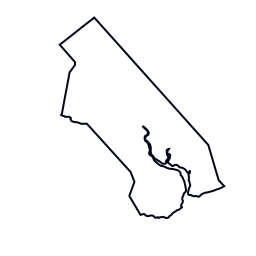 Mbini, Litoral, Equatorial Guinea (Mercator projection), rotated 228°
{"feature_id": "11065452B69337055746076", "entity_name": "Mbini", "entity_type": "district", "adm_level": 2, "iso_a3": "GNQ", "parent_name": "Equatorial Guinea", "parent_adm1": "Litoral", "projection": "mercator", "projection_center": [9.733, 1.591], "detail": "fine", "context": "isolated", "style": "outline", "palette": "ink", "viewbox_px": 256, "rotation_deg": 228, "n_neighbors": 0, "source": "geoboundaries", "source_scale": "gbopen_adm2", "svg_char_len": 4705}
<svg xmlns="http://www.w3.org/2000/svg" viewBox="0 0 256 256"><g transform="rotate(228 128 128)"><path d="M235.6,133.0L212.3,132.7L210.3,130.7L208.4,121.8L189.9,97.6L182.4,87.9L182.4,87.0L181.8,87.2L180.1,88.0L179.9,88.2L179.3,88.7L178.5,88.8L178.4,88.8L178.2,88.9L178.1,89.0L177.0,90.3L176.0,91.6L175.0,91.8L174.9,91.9L174.1,92.3L173.6,92.2L173.2,91.5L173.1,91.4L172.9,91.3L172.9,91.2L171.2,90.7L170.9,90.7L170.7,90.8L169.1,91.6L167.1,93.2L165.5,94.6L164.0,95.3L163.2,95.7L162.6,95.9L162.5,96.0L162.4,96.1L158.7,100.3L93.7,100.5L83.7,96.8L76.6,83.5L55.3,79.2L55.2,79.2L55.2,79.3L54.3,80.6L53.9,81.6L53.5,82.1L53.2,82.4L52.6,82.6L52.0,82.7L51.3,82.7L50.6,82.8L49.6,83.4L49.1,84.0L48.6,84.7L48.2,85.4L47.9,86.2L47.2,87.0L46.5,87.5L46.2,87.9L45.2,88.1L44.2,88.1L43.4,88.1L43.0,88.4L42.4,89.1L42.1,89.7L42.0,90.2L41.8,90.4L41.3,90.3L41.0,90.3L40.7,90.6L40.4,91.3L40.2,92.2L39.5,93.1L38.9,93.7L38.5,94.4L38.3,94.9L37.7,95.1L37.0,95.4L36.2,95.7L35.2,96.5L34.8,97.4L34.4,98.1L34.4,98.8L34.7,99.5L34.8,100.3L34.6,101.0L34.4,101.7L34.6,102.9L34.8,104.1L34.7,104.8L34.7,105.6L34.4,106.4L34.2,107.5L34.3,108.6L33.8,110.0L33.4,110.6L33.2,111.1L33.2,112.2L33.2,113.0L33.1,113.8L32.9,114.5L33.1,115.1L33.6,115.4L34.2,115.3L34.7,115.4L35.1,115.7L35.3,116.3L35.7,117.4L36.0,118.2L36.1,118.7L36.5,119.1L36.8,119.7L37.0,120.1L37.7,120.2L38.5,120.5L39.5,121.3L40.1,122.1L40.2,122.5L40.8,123.8L41.3,124.8L41.7,125.4L42.0,126.2L42.1,127.3L42.0,128.1L42.1,128.5L42.8,129.4L43.8,130.1L45.2,131.0L46.0,131.5L46.9,132.1L48.7,133.0L50.8,134.2L52.1,134.5L53.3,135.0L54.8,135.4L55.9,135.7L56.7,135.7L57.7,135.6L58.8,136.5L60.0,137.1L61.6,137.1L62.8,136.9L64.0,136.3L65.5,135.3L66.7,134.5L67.7,133.8L68.4,132.8L69.6,132.1L70.7,131.1L72.8,130.0L74.1,129.6L75.2,129.0L76.3,128.4L77.1,127.7L78.1,127.1L78.9,126.9L79.6,126.7L80.7,126.4L82.1,126.2L83.6,126.1L84.4,125.9L85.4,125.8L86.0,125.8L87.2,126.0L88.7,126.6L89.3,126.8L90.3,127.1L91.0,127.0L91.8,126.6L92.7,126.4L93.6,126.2L94.3,126.3L94.8,126.6L95.2,127.0L95.9,127.9L96.3,128.7L96.7,129.2L97.5,129.7L98.2,130.2L99.4,130.8L100.0,131.0L100.8,131.4L101.8,132.0L102.6,132.3L103.6,132.6L104.6,132.6L105.5,132.6L106.3,132.4L106.7,132.3L107.2,132.2L108.0,132.7L108.7,133.0L109.2,133.5L109.9,134.1L110.3,134.7L110.5,135.4L110.6,136.0L110.4,136.5L110.1,137.2L110.2,137.9L110.6,138.9L111.0,139.5L111.7,140.0L112.2,140.1L112.9,140.3L114.0,140.4L115.2,140.3L116.2,140.2L117.2,140.1L117.9,140.0L118.7,140.1L119.0,140.1L119.0,140.4L118.5,140.6L118.2,140.6L117.7,140.4L117.1,140.6L115.9,140.8L114.6,140.9L113.8,140.9L112.8,140.9L111.8,140.8L110.9,140.4L110.1,139.7L109.7,138.8L109.4,138.5L109.5,137.9L109.5,137.5L109.7,136.9L109.8,136.0L109.7,135.1L109.3,134.6L108.8,133.9L108.3,133.4L107.8,133.1L107.1,133.0L106.1,133.3L105.2,133.5L103.8,133.4L101.8,133.4L101.0,133.4L100.0,132.8L99.0,132.3L98.3,131.9L97.8,131.5L97.0,130.6L95.9,129.8L94.6,128.6L92.9,127.7L91.9,127.8L90.9,127.9L89.7,127.8L89.1,127.6L88.2,127.4L87.4,127.6L86.9,127.7L86.3,127.5L85.0,128.3L83.7,128.5L82.1,129.1L80.8,129.3L79.6,129.6L78.7,129.6L78.0,130.1L77.2,131.0L76.4,132.0L76.6,133.0L77.3,133.6L78.0,134.3L78.3,134.9L78.3,136.1L78.3,137.1L78.7,137.8L79.4,138.3L80.1,138.9L81.5,139.0L82.6,139.6L83.6,140.2L84.9,141.4L85.5,141.7L85.6,142.5L85.5,143.2L85.4,143.9L85.0,144.5L84.9,144.3L84.8,143.3L84.8,142.5L84.4,141.8L84.0,141.5L83.0,140.3L82.4,140.4L81.7,140.4L81.2,140.8L80.7,141.3L79.9,141.4L79.4,141.1L78.9,140.5L78.0,139.2L77.4,138.4L77.0,137.2L76.8,136.4L76.4,135.4L76.1,134.8L75.7,134.6L75.0,134.6L73.9,134.8L73.3,134.9L72.4,135.0L71.2,135.4L70.4,135.4L69.9,135.5L69.5,136.2L69.4,137.2L69.4,137.7L69.2,138.2L68.6,138.9L67.7,139.6L67.0,139.8L65.9,140.0L65.1,140.0L64.1,140.1L63.4,140.6L62.9,141.2L61.7,141.9L61.3,142.0L60.7,142.3L60.0,142.5L58.7,142.7L57.3,142.7L56.5,142.5L55.9,142.4L55.2,142.5L54.7,142.6L54.2,143.1L54.1,143.3L54.0,143.6L54.3,143.8L54.7,144.4L54.7,144.8L54.6,145.1L54.3,145.0L53.8,144.5L53.5,144.2L53.2,143.9L53.1,143.4L53.5,142.8L53.6,142.3L52.3,141.5L51.2,140.7L50.0,139.9L49.4,139.0L48.8,138.3L48.2,138.1L47.1,137.7L46.0,137.1L44.9,136.5L43.6,135.8L43.2,135.0L42.8,133.9L42.1,132.8L41.5,131.7L41.0,131.0L40.5,130.3L39.8,129.4L38.8,128.6L38.1,128.3L37.1,128.8L36.2,129.7L35.3,130.3L34.7,130.3L33.6,131.0L32.9,131.8L32.5,132.4L31.4,133.4L29.9,134.3L29.5,134.8L29.4,135.7L29.4,136.3L29.5,137.7L29.4,138.7L29.1,139.9L28.8,140.6L28.4,141.5L28.2,142.3L27.6,142.8L26.9,144.3L26.3,145.3L25.4,146.9L24.9,148.1L24.1,149.8L23.5,151.2L23.1,152.6L22.5,153.7L22.0,154.8L21.5,156.4L21.1,157.5L20.9,158.3L20.7,159.3L20.4,160.6L28.3,160.4L36.6,164.3L61.6,176.3L131.7,176.5L132.6,176.5L171.3,176.6L189.9,176.7L232.6,176.8L233.5,164.3L234.4,150.3L235.6,133.0Z" fill="none" stroke="#020617" stroke-width="2"/></g></svg>